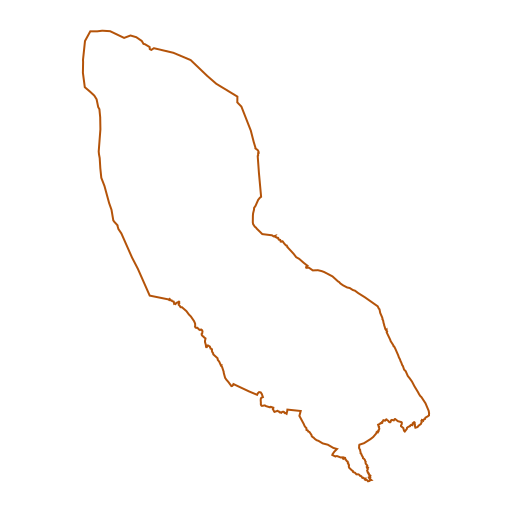 Sigdal nor, Buskerud, Norway (Albers equal-area conic projection)
{"feature_id": "86288312B81209358374385", "entity_name": "Sigdal nor", "entity_type": "district", "adm_level": 2, "iso_a3": "NOR", "parent_name": "Norway", "parent_adm1": "Buskerud", "projection": "albers", "projection_center": [9.585, 60.13], "detail": "fine", "context": "isolated", "style": "outline", "palette": "amber", "viewbox_px": 512, "rotation_deg": 0, "n_neighbors": 0, "source": "geoboundaries", "source_scale": "gbopen_adm2", "svg_char_len": 6071}
<svg xmlns="http://www.w3.org/2000/svg" viewBox="0 0 512 512"><path d="M90.3,31.3L85.0,41.0L83.0,59.9L83.1,62.0L82.9,72.8L84.8,87.2L90.2,91.8L94.3,95.6L96.6,99.3L98.2,107.1L99.4,109.2L100.2,117.4L100.4,129.4L98.7,151.5L99.0,154.4L99.7,158.1L100.3,168.1L101.3,177.8L104.5,186.1L109.1,203.0L111.5,209.8L113.3,220.4L114.2,221.7L117.5,225.3L117.4,225.5L118.4,229.0L121.4,233.5L132.0,257.5L137.9,268.9L149.7,295.6L168.9,299.5L169.0,299.3L169.6,298.9L170.1,299.6L170.2,299.9L170.0,300.2L171.6,300.4L171.7,300.8L172.3,301.2L173.7,301.6L174.2,303.9L175.0,303.6L175.5,304.0L176.5,302.8L177.9,302.3L178.6,301.7L179.1,301.7L179.3,302.0L179.0,302.6L179.2,303.2L178.7,303.5L178.7,304.8L179.9,306.0L180.3,306.9L180.9,307.3L181.9,307.2L186.4,311.1L188.9,314.5L190.9,316.5L194.1,321.2L195.1,323.6L195.2,326.0L195.0,326.5L195.4,327.4L196.2,327.9L197.2,327.7L198.5,328.8L198.7,329.3L199.9,330.0L201.0,329.5L201.4,330.0L202.1,330.2L202.5,331.4L202.3,332.2L202.3,333.0L202.0,333.7L201.6,334.0L201.8,335.1L202.7,336.2L203.6,336.6L203.8,337.2L205.5,338.4L205.0,340.9L205.0,342.0L205.8,344.8L206.0,346.6L206.2,347.1L206.8,347.1L207.4,345.5L207.9,345.4L209.9,346.6L210.0,347.3L210.6,348.2L210.6,348.6L211.9,349.2L212.0,349.6L211.9,350.9L212.5,352.5L213.1,353.1L213.3,354.4L217.5,358.2L217.8,359.9L219.2,361.6L221.0,365.6L221.5,365.4L221.5,366.1L222.1,367.0L223.7,371.9L223.7,372.7L225.1,377.8L226.3,379.6L228.3,381.9L231.4,386.1L232.3,385.9L232.8,385.1L233.3,384.9L233.5,384.1L249.0,391.4L257.1,394.8L257.8,393.3L259.1,392.1L260.7,392.4L261.8,394.0L262.9,397.1L261.3,397.8L260.8,398.8L260.7,400.3L260.9,403.0L260.8,404.1L261.2,405.4L261.9,405.9L264.8,405.4L265.9,406.1L269.9,407.3L270.1,407.0L270.7,406.8L273.4,407.7L273.4,408.0L272.8,408.8L272.8,409.2L273.2,409.6L274.1,411.5L274.5,411.9L277.6,410.8L278.6,411.6L279.4,411.7L279.8,412.4L280.5,412.3L281.2,412.8L282.2,411.9L283.3,411.7L284.1,412.1L284.2,412.5L284.9,413.1L285.3,412.9L286.6,413.8L286.7,413.5L286.6,413.0L287.1,411.8L287.4,409.6L300.7,411.0L299.4,415.9L303.8,424.1L304.5,425.8L305.3,427.0L306.4,428.1L306.5,430.0L307.8,430.5L308.3,431.6L309.4,431.9L311.5,435.0L311.7,436.1L312.7,437.2L313.4,437.4L314.7,438.8L316.6,440.2L318.4,440.8L322.7,443.4L327.8,444.7L333.3,447.9L337.0,449.0L334.3,451.7L332.6,454.1L332.3,455.0L335.4,456.5L336.0,456.1L337.1,456.1L340.8,457.5L342.1,457.3L343.3,458.9L343.5,458.8L343.4,458.2L343.6,457.6L344.1,457.9L344.6,457.7L345.1,457.9L345.6,459.7L346.1,460.0L346.7,461.0L347.7,461.6L347.8,463.0L348.2,463.2L348.1,463.6L348.7,464.4L348.6,464.7L349.0,465.2L348.8,466.7L349.2,467.8L352.0,470.5L352.8,470.9L353.1,472.0L355.1,472.8L356.4,474.3L358.3,474.3L359.4,474.9L360.1,475.9L361.3,476.2L362.4,477.9L363.2,477.7L364.3,478.5L365.4,478.5L364.9,479.6L365.2,479.8L365.4,479.4L367.1,480.2L368.0,481.3L369.3,481.0L370.5,480.1L371.3,480.0L370.1,478.9L369.6,478.9L368.8,477.4L369.2,477.2L369.4,477.9L369.8,478.0L370.3,477.3L369.6,476.5L370.4,475.7L370.1,475.3L368.9,474.8L368.6,473.8L368.8,473.6L368.4,472.9L367.9,472.8L367.7,472.4L367.8,472.0L367.1,470.7L367.8,469.1L367.8,468.5L367.5,468.3L367.9,467.7L367.4,467.5L367.1,467.8L366.8,467.3L366.7,467.0L367.3,466.4L367.4,465.9L366.6,464.6L366.2,464.3L365.7,463.6L365.5,462.4L365.7,461.8L365.4,461.5L364.9,460.0L364.1,458.9L363.0,458.2L362.8,456.9L361.9,455.6L361.4,454.1L360.6,453.3L360.7,452.9L360.1,450.3L360.1,449.8L359.4,448.8L359.0,447.8L359.2,447.2L359.1,446.0L359.4,444.7L364.0,443.2L370.5,439.1L373.2,437.0L376.7,432.9L376.8,432.5L376.6,432.2L377.1,431.7L377.7,431.3L378.1,431.9L378.7,430.9L378.5,430.2L379.1,429.5L379.3,428.4L378.8,427.1L379.0,426.6L378.6,426.3L378.1,424.7L379.9,423.9L380.5,423.1L381.5,423.2L382.2,422.9L382.5,421.9L382.3,421.7L382.8,421.3L383.4,420.2L385.0,420.7L385.7,419.7L386.5,419.4L386.9,420.0L388.2,420.8L389.2,422.1L390.0,422.3L390.7,421.7L391.0,420.5L391.3,420.1L391.9,419.9L393.8,420.4L394.7,419.1L395.1,419.0L397.9,421.2L401.4,422.1L401.8,422.5L401.8,423.4L401.7,424.2L401.0,425.5L401.0,426.2L403.3,428.0L404.0,430.7L404.8,431.5L406.9,428.8L407.0,427.8L408.2,426.9L409.7,426.3L409.6,426.1L411.0,424.9L412.4,425.2L412.9,423.7L412.7,423.3L414.0,422.2L414.3,422.2L414.4,422.5L414.7,422.7L414.7,424.0L415.0,424.9L414.9,426.1L415.4,427.7L417.1,427.2L418.2,426.4L418.4,425.8L420.9,424.0L421.3,422.8L421.7,422.4L421.4,420.9L421.6,420.8L421.9,420.0L423.2,420.7L423.4,419.8L424.1,419.3L424.9,419.1L425.4,417.7L427.8,416.3L429.0,415.4L429.0,414.0L429.1,413.3L428.7,410.9L425.5,403.3L421.3,396.9L420.4,396.2L419.2,394.4L418.5,393.2L418.4,392.8L414.4,386.2L412.0,381.6L409.6,378.2L407.8,376.0L405.7,371.2L404.1,369.6L402.9,366.0L402.3,365.3L401.1,362.1L400.7,361.5L399.9,359.2L398.9,357.4L398.2,355.3L395.3,348.7L394.2,346.5L393.6,346.3L393.1,344.9L390.7,341.2L390.1,339.5L386.7,332.4L387.1,331.6L386.8,331.3L386.6,329.7L386.1,330.2L385.3,329.0L384.6,326.5L384.2,325.5L384.1,324.5L383.6,323.1L383.1,320.4L382.4,319.2L382.5,318.6L382.2,317.5L380.2,312.9L379.5,309.3L378.8,308.6L377.7,306.3L364.9,297.3L358.2,293.1L355.0,290.7L352.8,290.0L349.7,288.0L347.2,287.5L343.0,285.3L340.3,283.4L339.2,282.1L338.0,281.4L332.5,276.4L324.1,272.0L321.7,271.1L317.9,270.2L312.8,270.4L308.9,267.7L306.3,267.8L306.1,267.5L306.3,266.7L307.5,265.8L303.8,262.9L299.1,258.8L296.2,257.2L293.6,253.8L287.3,247.0L287.4,246.7L286.7,245.5L285.9,245.4L284.1,243.4L282.7,241.4L282.2,241.2L281.4,241.7L280.7,241.6L280.2,239.9L278.9,239.7L278.5,239.3L278.4,238.4L278.1,237.9L277.1,237.9L276.5,237.2L275.7,237.2L274.7,236.5L275.1,235.9L273.6,236.4L272.0,235.3L262.3,234.1L256.6,228.5L256.1,227.7L254.8,226.7L253.1,224.1L252.8,222.3L252.9,215.6L253.1,213.3L254.0,209.7L254.1,207.9L255.5,205.9L258.2,199.8L259.9,197.7L261.1,196.8L258.9,172.6L257.7,156.0L258.1,155.6L258.1,153.7L258.7,153.0L258.3,152.5L258.5,152.2L258.5,151.5L257.6,150.0L255.4,148.4L255.5,147.9L253.7,141.9L250.8,130.6L241.4,106.6L237.3,102.4L237.4,96.6L216.3,83.8L207.2,75.9L190.7,60.1L173.4,52.8L153.9,48.2L151.3,49.9L149.8,49.1L149.6,47.0L144.9,44.2L143.5,43.9L141.8,41.0L136.3,37.2L130.5,35.5L124.1,37.9L110.1,31.2L102.3,30.7L97.5,31.3L90.3,31.3Z" fill="none" stroke="#b45309" stroke-width="2"/></svg>